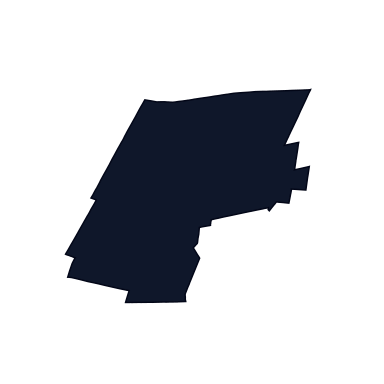 outline of Ziduri, Buzau, Romania, rotated 162°
{"feature_id": "2599482B76478155056180", "entity_name": "Ziduri", "entity_type": "district", "adm_level": 2, "iso_a3": "ROU", "parent_name": "Romania", "parent_adm1": "Buzau", "projection": "robinson", "projection_center": [27.059, 45.276], "detail": "fine", "context": "isolated", "style": "filled", "palette": "ink", "viewbox_px": 384, "rotation_deg": 162, "n_neighbors": 0, "source": "geoboundaries", "source_scale": "gbopen_adm2", "svg_char_len": 4676}
<svg xmlns="http://www.w3.org/2000/svg" viewBox="0 0 384 384"><g transform="rotate(162 192 192)"><path d="M222.2,281.2L222.4,281.1L225.1,278.6L227.5,276.4L229.1,274.9L231.5,272.7L233.9,270.5L234.1,270.3L235.7,268.8L237.0,267.5L237.4,267.1L238.8,265.8L240.3,264.2L241.2,263.3L242.7,261.9L243.6,261.2L245.3,259.6L247.9,257.2L248.8,256.4L252.8,252.6L254.9,250.6L257.6,248.1L258.9,246.8L259.6,246.1L261.6,244.1L262.3,243.4L263.4,242.4L266.7,239.3L270.4,235.9L275.5,231.1L275.7,230.8L278.3,228.2L280.6,226.0L281.0,225.5L281.4,225.2L281.9,224.8L283.2,223.7L285.5,221.5L287.1,219.9L289.9,217.5L288.6,216.5L286.8,215.1L285.5,214.1L285.5,213.9L285.7,213.7L286.9,212.6L287.4,212.1L289.0,210.6L292.4,207.6L293.2,206.9L295.5,204.6L296.8,203.4L297.9,202.4L298.4,202.0L299.0,201.5L301.7,199.0L303.5,197.4L305.2,195.8L305.3,195.7L307.5,193.7L312.2,189.4L313.3,188.3L314.0,187.7L315.0,186.8L315.4,186.4L317.3,184.7L318.7,183.4L319.6,182.6L321.6,180.8L323.2,179.4L324.7,178.0L327.2,175.7L328.2,174.8L330.5,172.8L331.5,171.9L331.1,171.5L329.5,170.3L328.6,169.7L326.8,168.2L326.5,168.1L325.8,167.5L325.5,167.2L325.1,166.8L323.6,165.7L323.4,165.6L324.0,165.1L325.8,163.3L328.0,161.1L330.4,157.9L331.3,156.7L332.6,155.0L336.5,149.4L335.6,149.1L333.0,147.9L329.8,146.0L324.6,142.8L318.5,138.9L313.9,136.3L309.3,133.6L303.3,129.9L291.0,122.6L285.9,119.7L284.9,119.1L282.2,117.6L284.3,114.7L288.5,108.7L289.3,107.5L287.0,106.7L284.6,106.0L284.3,105.9L283.2,105.5L280.5,104.7L279.3,104.3L276.9,103.6L274.6,102.8L267.2,100.5L263.9,99.4L261.1,98.6L255.1,96.8L253.1,96.2L251.9,95.8L250.8,95.4L248.5,94.7L247.3,94.4L245.8,93.9L243.2,93.1L242.5,92.9L242.0,92.7L241.4,92.6L241.0,92.4L240.1,92.1L239.1,91.9L234.6,90.6L231.8,89.8L231.7,90.7L231.6,91.7L231.6,91.9L231.4,92.5L230.8,94.2L230.5,95.8L230.2,96.5L230.3,96.8L227.9,99.7L225.8,102.3L224.5,103.8L224.4,103.9L223.3,105.1L222.1,106.7L220.2,108.9L216.0,113.9L205.2,126.7L205.5,128.2L206.2,130.7L206.8,133.3L207.5,136.3L207.8,137.4L208.1,138.5L206.9,139.2L205.2,140.2L204.2,140.8L203.7,141.0L203.4,141.2L203.3,141.3L203.0,141.4L202.9,141.5L202.6,141.9L202.2,142.6L200.7,146.0L199.6,148.0L198.7,149.6L196.0,156.0L193.3,155.8L192.0,155.6L188.5,155.1L186.5,154.8L185.4,154.6L184.8,154.6L184.8,154.9L184.7,155.1L184.6,155.3L184.5,155.5L184.4,155.8L184.2,155.9L184.2,156.0L184.0,156.4L183.9,156.5L183.8,156.9L183.7,157.1L183.5,157.5L183.4,157.8L183.2,158.0L183.0,158.4L182.9,158.6L182.7,158.9L182.6,159.0L182.5,159.5L182.3,159.6L182.2,159.7L181.8,159.6L181.5,159.6L181.3,159.6L178.7,159.4L176.0,159.1L175.3,159.0L174.1,158.9L171.5,158.7L168.4,158.4L167.7,158.3L166.6,158.2L165.1,158.0L164.2,157.9L159.4,157.4L147.8,156.2L147.0,156.1L143.3,155.7L141.1,155.4L140.9,155.4L136.3,154.9L133.8,154.6L131.2,154.3L129.7,154.1L128.9,154.1L127.3,153.9L126.2,153.7L125.7,153.7L124.7,153.6L124.1,153.6L125.0,151.7L124.3,150.2L122.7,151.3L122.4,151.5L121.4,152.2L119.4,153.5L118.6,154.0L117.9,154.5L117.1,154.9L116.7,155.2L116.4,155.4L114.8,156.5L114.6,156.4L114.1,156.2L112.8,155.6L110.4,154.6L108.5,153.8L106.5,152.9L105.8,152.6L105.2,152.3L103.3,151.5L102.8,152.4L99.6,158.2L98.9,159.5L98.5,160.2L98.4,160.3L96.5,163.9L96.5,164.0L94.3,163.2L83.1,158.7L77.5,170.3L76.8,171.6L72.6,180.0L72.9,180.0L81.9,180.8L87.6,181.4L87.5,181.5L86.5,183.7L84.7,187.3L83.9,188.9L83.3,190.3L83.0,190.8L82.7,191.3L77.8,201.0L76.1,204.6L75.2,206.2L75.7,206.3L89.8,207.8L88.1,209.6L86.8,211.0L84.9,213.1L83.0,215.0L82.6,215.5L82.3,215.9L80.9,217.3L80.2,218.1L75.2,223.3L73.8,224.8L71.8,226.9L67.7,231.2L66.4,232.7L63.9,235.5L62.1,237.4L55.6,244.3L50.1,250.3L47.8,252.5L47.6,252.8L47.8,252.8L48.4,252.8L50.7,253.4L53.4,254.2L55.7,254.8L59.5,255.9L65.3,257.6L67.8,258.3L70.1,258.9L70.7,259.1L71.1,259.2L72.2,259.5L81.4,262.2L84.9,263.2L86.9,263.8L87.3,263.9L89.9,264.6L92.3,265.4L95.7,266.4L100.5,267.8L100.9,267.9L105.7,269.0L105.8,269.0L108.6,269.7L114.0,271.1L120.2,272.6L122.0,273.0L127.6,273.9L128.4,274.0L129.1,274.2L133.3,274.9L133.7,275.0L134.0,275.0L136.1,275.3L137.4,275.5L139.1,275.8L139.9,276.0L140.5,276.1L141.1,276.2L141.7,276.3L142.6,276.4L143.0,276.5L144.0,276.6L144.7,276.7L146.5,277.0L148.9,277.4L151.0,277.8L152.8,278.1L153.9,278.3L154.5,278.4L154.9,278.5L155.6,278.6L156.3,278.7L157.4,278.9L158.2,279.0L159.9,279.3L160.5,279.4L161.4,279.6L162.0,279.6L165.5,280.1L166.8,280.3L168.1,280.6L168.9,280.7L170.6,281.0L173.4,281.5L175.7,282.0L177.2,282.3L179.8,282.7L180.8,282.9L182.2,283.2L182.7,283.3L183.6,283.7L184.4,283.9L184.8,284.1L186.5,284.8L187.7,285.2L189.3,285.9L191.5,286.7L192.2,286.9L195.8,288.0L197.6,288.5L202.4,291.1L208.4,294.2L211.6,291.2L214.0,289.1L216.7,286.6L219.2,284.2L221.9,281.6L222.2,281.2Z" fill="#0f172a" stroke="#020617" stroke-width="1.5"/></g></svg>